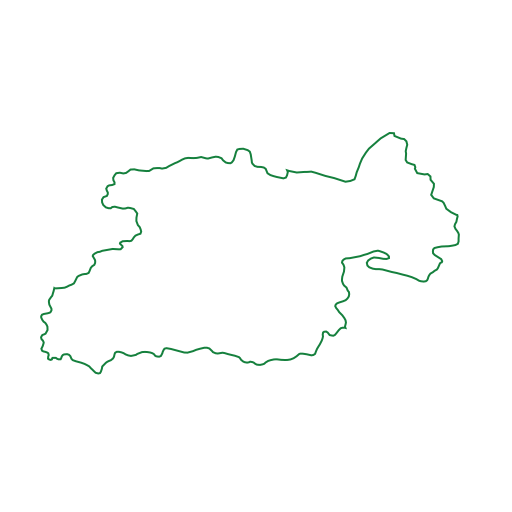 the district of Lyepyel, Vitebsk, Belarus, rotated 195°
{"feature_id": "67162791B29799454608156", "entity_name": "Lyepyel", "entity_type": "district", "adm_level": 2, "iso_a3": "BLR", "parent_name": "Belarus", "parent_adm1": "Vitebsk", "projection": "natural_earth1", "projection_center": [28.695, 54.828], "detail": "fine", "context": "isolated", "style": "outline", "palette": "green", "viewbox_px": 512, "rotation_deg": 195, "n_neighbors": 0, "source": "geoboundaries", "source_scale": "gbopen_adm2", "svg_char_len": 6115}
<svg xmlns="http://www.w3.org/2000/svg" viewBox="0 0 512 512"><g transform="rotate(195 256 256)"><path d="M439.0,112.2L439.3,110.9L438.2,109.2L436.7,108.8L434.6,108.9L432.7,108.7L431.5,108.3L430.6,106.7L430.7,105.2L430.3,103.0L428.9,102.5L427.4,102.5L426.4,103.3L426.4,104.5L426.0,105.0L425.2,105.2L423.0,105.8L421.4,105.2L419.9,105.1L418.0,105.7L417.7,107.2L417.6,108.8L417.0,110.3L416.0,111.2L413.1,112.3L411.1,112.2L409.4,111.2L407.7,109.0L406.1,108.0L402.7,107.7L397.3,107.7L393.7,107.4L390.8,106.8L388.5,106.2L386.2,104.7L384.6,103.9L383.1,103.0L380.7,101.7L377.9,101.7L376.4,102.5L375.9,104.1L375.7,107.1L375.9,109.5L373.3,114.1L372.2,115.4L370.8,116.6L369.2,117.8L367.6,120.0L367.1,121.9L367.2,124.7L367.0,126.1L365.7,127.4L363.5,128.0L361.1,128.1L358.8,127.9L356.5,127.2L353.7,126.9L350.9,127.1L348.9,128.1L346.4,129.4L345.3,130.7L341.2,133.7L338.5,134.6L336.1,135.1L333.2,135.4L331.1,135.3L329.5,134.9L328.6,134.4L327.9,133.7L326.5,133.3L325.0,133.4L323.4,133.7L322.0,134.8L321.7,136.0L321.3,137.8L321.3,139.3L320.9,141.4L320.4,142.8L318.6,143.8L314.0,144.2L303.5,144.2L300.4,144.2L297.2,144.9L292.2,147.8L289.5,149.9L286.3,151.8L282.2,154.0L279.6,154.7L277.1,154.6L273.8,152.8L272.7,152.0L269.8,151.6L267.7,151.9L263.3,153.9L261.2,154.1L257.5,154.0L253.4,154.1L250.7,154.2L246.3,153.9L245.0,153.2L243.6,151.9L241.2,150.8L239.6,150.5L237.0,150.7L235.3,151.5L234.3,152.4L231.8,152.6L230.5,152.4L228.7,151.6L227.0,151.3L225.1,151.6L223.6,152.0L221.5,153.1L220.1,154.1L219.2,155.6L217.1,157.8L214.9,159.2L211.8,160.8L209.1,161.6L204.9,162.2L201.7,162.9L198.8,163.7L195.9,165.0L193.2,167.0L190.9,169.6L188.9,172.5L188.0,173.1L185.8,173.7L184.3,173.9L181.5,174.2L176.7,174.4L174.9,175.3L173.6,176.8L173.4,179.3L173.0,182.1L172.2,184.9L171.5,187.1L170.6,191.2L170.4,193.7L170.5,195.7L171.2,197.3L171.4,199.5L170.7,200.4L168.7,201.2L166.9,200.6L164.4,198.7L162.3,198.8L160.7,199.0L159.4,200.1L158.6,201.7L156.8,205.9L155.5,208.1L153.9,209.1L151.8,209.7L151.0,209.7L151.8,210.9L151.8,213.1L151.9,215.0L152.9,217.1L154.6,218.9L157.3,221.1L161.1,223.3L163.1,225.1L165.1,226.5L166.5,228.1L166.4,229.7L165.4,231.3L163.5,232.7L160.2,234.8L158.0,236.5L156.7,238.5L155.9,240.9L156.1,243.3L156.9,245.2L158.5,246.4L160.4,248.9L163.3,250.3L164.8,251.7L166.5,254.2L166.9,255.7L167.3,258.4L167.0,263.7L167.4,266.2L167.7,267.9L169.0,269.9L169.8,270.7L171.2,271.8L171.3,273.5L170.8,274.6L170.0,275.7L168.6,276.9L164.8,278.2L155.3,282.8L152.0,285.0L148.9,286.8L143.6,290.8L139.6,292.7L137.7,292.7L133.6,292.4L130.6,291.8L129.3,291.2L127.5,290.0L127.0,288.4L129.2,286.9L132.4,286.2L136.9,285.9L141.7,285.1L144.3,283.3L146.5,280.7L147.2,278.1L145.9,275.6L143.7,274.4L139.9,274.0L137.0,274.3L133.7,275.2L130.3,275.7L126.6,275.7L120.7,275.7L115.7,276.0L109.3,276.0L104.9,276.1L100.1,275.9L95.2,275.2L92.0,274.3L90.2,274.3L87.4,274.7L85.4,275.6L84.4,276.9L84.1,278.7L84.1,280.2L83.8,282.0L83.0,284.1L80.9,286.2L79.7,287.9L77.8,289.7L77.2,291.3L76.8,293.8L76.5,296.0L76.1,297.1L74.9,298.0L74.8,299.2L76.3,300.9L83.6,303.2L85.6,304.4L86.3,306.2L86.6,308.2L85.7,309.9L82.8,311.5L79.2,313.2L72.2,315.4L69.3,316.7L66.2,318.2L64.2,320.0L64.1,322.5L64.9,325.5L65.6,329.2L66.6,330.7L68.2,332.2L70.4,333.9L72.0,336.0L72.0,338.2L71.3,340.9L71.5,343.9L71.5,346.4L72.2,347.7L73.2,347.6L79.1,348.8L84.4,350.9L86.1,353.1L88.5,355.9L90.4,357.0L95.7,357.4L99.2,357.7L102.6,360.4L102.1,368.6L102.8,371.8L107.1,374.8L108.1,378.0L111.4,379.6L114.3,378.4L121.7,377.8L125.1,381.4L125.1,383.0L126.5,385.0L129.4,385.0L134.2,385.5L136.3,387.5L137.5,393.7L138.5,396.0L138.7,399.4L138.7,402.6L140.4,405.7L143.2,407.3L146.3,406.9L153.3,407.8L154.5,410.3L158.8,409.4L166.0,401.9L174.7,388.9L176.6,384.3L178.7,377.7L179.5,372.1L179.7,368.4L180.4,362.9L180.4,359.3L180.7,355.6L184.3,352.9L188.8,350.9L200.6,351.5L209.7,351.3L220.0,351.8L224.5,351.8L227.9,350.6L231.7,349.5L238.2,347.2L246.1,346.7L248.1,346.8L247.0,345.4L246.9,341.9L247.4,339.5L249.6,338.1L256.4,337.7L259.8,337.7L263.1,337.9L266.3,338.9L269.2,342.7L271.4,343.5L274.4,343.3L277.5,342.5L280.6,342.6L283.4,344.3L284.2,345.3L284.9,347.2L286.2,350.1L287.4,352.8L289.0,355.2L291.4,356.1L296.1,356.3L299.7,355.1L301.6,354.0L302.2,351.2L302.2,346.5L302.5,342.7L303.6,340.1L304.7,339.0L307.2,338.5L309.4,338.5L312.6,339.9L314.6,341.5L318.0,341.9L320.6,341.5L324.0,339.8L327.6,337.7L329.4,337.4L334.6,337.4L338.6,335.4L342.0,334.3L344.2,333.8L347.0,333.2L349.9,331.9L352.4,329.9L354.1,328.2L356.4,326.1L358.2,324.8L363.2,320.4L365.6,317.9L369.4,316.1L371.9,316.0L374.4,315.3L377.8,314.1L381.2,310.5L383.8,309.7L391.2,308.4L396.0,308.2L399.6,307.0L401.2,304.8L403.0,302.6L405.5,301.4L409.1,301.2L412.4,299.8L413.5,297.4L414.2,294.5L413.3,292.2L411.7,290.5L411.3,288.8L413.4,287.3L416.1,286.2L417.4,285.0L418.1,282.3L417.0,280.5L415.6,279.0L415.2,277.5L415.6,275.4L418.5,273.4L419.4,270.6L418.5,267.9L416.7,265.7L413.6,264.1L410.9,264.0L408.7,264.5L407.5,266.1L405.1,267.1L402.1,267.1L396.9,267.3L394.5,268.1L392.2,269.5L389.8,269.8L386.2,269.8L383.5,267.8L381.7,266.3L381.4,262.1L380.6,258.8L378.1,255.3L375.8,253.8L374.3,251.8L373.2,249.8L373.4,247.6L375.6,246.2L377.7,244.5L378.8,242.4L379.4,240.4L380.3,238.5L381.9,237.6L384.2,237.2L388.7,235.7L389.8,234.5L390.6,233.8L390.6,232.7L387.6,231.0L387.1,230.0L388.5,227.5L390.0,227.0L396.3,225.7L405.9,221.2L408.0,219.6L410.1,218.7L412.4,216.6L413.6,214.9L413.7,213.7L410.6,210.6L410.0,209.5L409.6,207.6L409.9,205.6L411.6,203.7L412.5,201.8L412.7,200.2L412.9,198.3L413.3,196.3L415.2,194.8L417.2,194.1L419.1,193.2L422.1,190.9L423.2,189.6L423.5,188.4L424.2,184.8L424.8,182.4L426.8,180.5L428.7,179.2L430.5,177.5L432.6,175.9L435.4,174.8L440.4,173.1L442.3,172.6L442.5,172.7L442.4,169.5L442.5,167.6L442.5,165.6L442.6,164.7L443.2,163.5L444.4,160.2L444.4,158.9L443.9,157.4L443.0,155.5L440.0,152.2L439.5,150.8L439.8,149.0L440.5,147.9L442.5,146.7L445.9,145.1L447.5,143.9L447.9,142.2L447.5,140.9L446.0,139.1L444.2,137.6L442.3,136.9L440.6,135.5L439.2,133.8L438.7,132.2L438.2,130.5L439.2,126.5L440.6,125.3L441.9,124.4L442.5,122.5L442.5,121.6L441.5,120.0L440.0,119.2L438.7,117.6L438.6,116.7L438.7,113.9L439.0,112.2Z" fill="none" stroke="#15803d" stroke-width="2"/></g></svg>